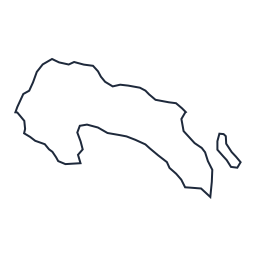 Söderköping, Östergötland, Sweden
{"feature_id": "70781695B48628112229025", "entity_name": "Söderköping", "entity_type": "district", "adm_level": 2, "iso_a3": "SWE", "parent_name": "Sweden", "parent_adm1": "Östergötland", "projection": "orthographic", "projection_center": [16.491, 58.412], "detail": "fine", "context": "isolated", "style": "outline", "palette": "slate", "viewbox_px": 256, "rotation_deg": 0, "n_neighbors": 0, "source": "geoboundaries", "source_scale": "gbopen_adm2", "svg_char_len": 1117}
<svg xmlns="http://www.w3.org/2000/svg" viewBox="0 0 256 256"><path d="M210.3,197.0L211.8,181.9L212.3,169.8L207.9,161.1L205.1,152.3L201.8,148.0L194.6,143.1L189.1,137.1L183.6,131.1L181.4,119.0L185.2,112.5L185.8,112.1L181.9,108.2L176.0,103.2L168.9,102.3L155.5,99.8L149.1,94.4L145.4,90.6L139.9,87.7L128.2,85.6L120.2,84.7L112.7,86.4L105.1,81.8L100.9,76.7L98.0,71.3L93.0,65.8L83.8,64.6L74.1,62.0L68.7,64.5L59.1,62.4L52.0,59.0L42.7,64.4L36.8,71.9L33.0,82.4L29.2,90.7L23.3,94.0L17.3,107.0L15.4,112.3L17.3,112.5L24.3,120.9L25.1,128.9L24.1,133.3L30.1,136.9L35.2,140.8L44.8,144.2L49.0,149.3L52.4,151.8L56.1,157.3L58.2,161.1L65.4,164.1L80.5,163.2L78.0,154.8L82.7,149.4L80.6,141.4L77.3,132.5L79.8,125.8L87.0,124.6L97.9,127.5L107.5,133.0L119.7,135.1L126.5,136.4L135.3,139.8L145.4,144.4L149.6,148.2L158.1,155.3L166.9,162.1L169.5,167.9L176.2,173.8L181.3,179.7L185.1,187.3L191.0,187.7L201.1,188.5L210.3,197.0ZM219.4,133.7L217.4,141.2L217.4,149.7L223.3,156.4L226.7,160.1L231.0,166.9L237.3,167.7L240.6,162.2L236.0,156.7L231.7,152.1L226.2,143.7L225.8,136.2L223.6,134.1L219.4,133.7Z" fill="none" stroke="#1e293b" stroke-width="2"/></svg>